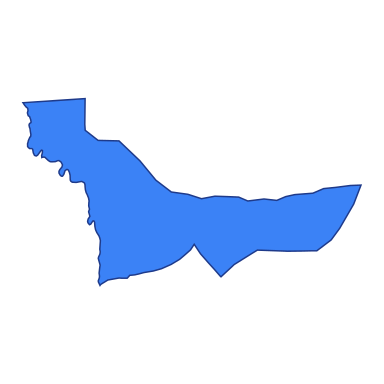 the district of Haraze-Al-Biar, Hadjer-Lamis, Chad
{"feature_id": "50815135B49730685193773", "entity_name": "Haraze-Al-Biar", "entity_type": "district", "adm_level": 2, "iso_a3": "TCD", "parent_name": "Chad", "parent_adm1": "Hadjer-Lamis", "projection": "robinson", "projection_center": [14.887, 12.589], "detail": "fine", "context": "isolated", "style": "filled", "palette": "blue", "viewbox_px": 384, "rotation_deg": 0, "n_neighbors": 0, "source": "geoboundaries", "source_scale": "gbopen_adm2", "svg_char_len": 3204}
<svg xmlns="http://www.w3.org/2000/svg" viewBox="0 0 384 384"><path d="M316.8,250.8L331.2,239.9L339.7,228.3L353.7,204.1L361.0,185.1L350.4,185.5L335.6,187.4L323.6,188.6L312.9,193.2L294.8,194.6L285.7,196.6L276.8,200.4L264.0,199.0L247.8,201.0L238.7,197.1L226.9,196.6L214.9,196.2L201.5,198.7L187.9,194.3L171.3,192.0L155.9,180.2L139.9,160.8L119.0,140.9L98.1,140.4L85.2,130.3L84.8,124.3L85.1,98.6L23.0,102.7L23.9,104.1L24.7,105.3L25.4,106.1L26.0,106.9L26.5,107.3L27.7,108.3L27.9,109.7L28.0,110.5L27.8,111.5L27.6,112.0L27.4,112.9L28.2,115.7L29.6,116.6L29.7,117.0L30.0,117.8L30.2,118.3L30.7,119.7L30.9,121.0L31.1,122.0L30.8,122.7L30.7,122.7L29.9,123.3L29.5,123.6L29.4,123.9L29.2,124.5L29.0,125.0L29.2,125.9L29.4,127.1L30.0,128.6L30.2,130.2L30.3,131.2L30.7,133.5L30.9,134.8L30.6,136.6L30.1,137.0L29.8,137.2L29.6,137.8L28.4,140.5L28.0,142.3L27.5,143.9L27.6,144.8L27.6,145.3L27.6,146.5L28.4,147.6L29.7,148.6L30.3,148.6L31.2,148.6L31.9,148.6L32.6,149.2L32.7,149.3L32.8,150.0L32.9,150.6L33.3,152.9L33.9,154.1L34.5,155.4L36.2,156.0L36.3,156.0L36.4,155.9L37.6,155.2L37.9,154.8L39.3,152.9L41.0,150.5L41.8,150.1L42.5,150.7L42.4,151.7L42.4,152.7L41.6,155.7L41.8,157.1L41.8,157.5L42.1,157.4L43.0,157.1L44.3,157.2L44.8,157.2L48.1,160.3L48.4,160.6L48.5,160.6L50.2,161.7L51.9,161.8L54.2,161.7L55.5,161.6L57.6,160.7L59.0,160.6L60.0,161.3L61.1,162.1L62.5,164.9L61.9,167.1L61.4,167.7L61.3,167.8L60.4,168.9L59.8,169.7L59.0,171.2L59.0,171.8L59.0,173.1L60.1,175.0L60.3,175.3L60.6,175.6L61.5,176.2L62.4,176.2L62.5,176.2L63.8,174.4L64.4,172.7L64.7,171.7L65.1,170.6L66.3,169.8L66.6,169.5L66.9,169.5L67.4,169.5L68.0,169.9L68.4,170.2L68.7,170.9L69.2,172.0L69.4,172.4L69.7,173.7L70.1,175.3L70.1,175.7L70.2,178.4L70.2,179.1L70.3,179.9L70.3,180.2L70.9,181.3L71.1,181.4L72.2,182.2L74.1,182.3L75.6,182.4L76.4,182.4L77.9,182.1L78.9,181.9L80.6,181.6L81.2,181.5L81.4,181.5L81.9,181.5L83.2,182.2L84.4,182.9L84.8,184.1L84.9,184.3L85.0,185.0L85.1,186.9L85.4,189.8L86.2,192.7L87.0,194.2L87.4,195.1L87.8,196.2L88.4,197.6L88.5,197.9L88.8,199.5L89.1,201.0L88.9,202.3L88.7,205.8L89.0,207.2L89.5,209.2L89.4,209.4L88.9,210.8L88.6,211.8L89.7,215.6L89.7,215.8L89.9,216.3L89.3,217.3L88.1,219.1L88.0,219.7L87.6,221.3L87.8,222.0L87.9,222.7L88.5,223.5L89.1,224.2L89.5,224.7L90.7,224.2L91.9,222.4L92.7,221.1L93.2,221.0L93.6,220.9L93.8,220.9L94.0,221.2L94.6,222.2L94.6,222.8L94.9,226.4L95.5,229.5L95.9,230.5L96.8,232.5L99.0,236.0L99.8,238.1L100.0,239.0L100.4,240.6L100.2,243.3L99.8,249.3L100.1,251.0L100.2,251.8L100.1,252.8L99.9,254.0L99.4,255.3L98.7,256.7L98.3,258.1L98.3,258.3L98.3,258.5L99.6,263.2L99.7,263.6L100.1,265.1L99.7,267.9L99.1,273.1L99.3,274.5L99.5,276.2L99.3,278.0L98.3,280.7L98.3,281.3L98.4,282.0L99.1,283.5L100.0,285.4L100.4,284.8L101.2,284.1L107.9,280.0L119.1,278.0L121.7,278.2L127.2,278.2L127.3,278.1L129.8,275.3L131.3,275.2L132.3,275.1L133.4,275.0L135.1,274.8L136.7,274.4L138.6,274.0L143.4,272.7L144.3,272.5L153.3,271.0L161.5,268.7L171.2,264.4L179.8,259.2L185.3,254.5L190.5,249.9L194.2,244.3L200.5,253.8L208.4,262.8L214.3,269.3L220.4,276.3L221.0,276.8L232.0,266.6L234.1,264.6L235.2,263.9L246.7,256.7L252.3,253.2L257.4,250.1L285.4,251.1L287.2,251.2L303.3,251.0L311.1,250.8L316.8,250.8Z" fill="#3b82f6" stroke="#1e3a8a" stroke-width="1.5"/></svg>